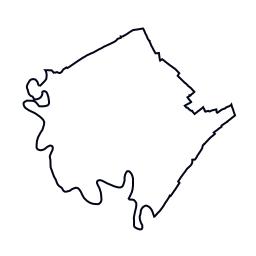 the district of Golaiesti, Iasi, Romania, rotated 184°
{"feature_id": "2599482B7139322777344", "entity_name": "Golaiesti", "entity_type": "district", "adm_level": 2, "iso_a3": "ROU", "parent_name": "Romania", "parent_adm1": "Iasi", "projection": "albers", "projection_center": [27.678, 47.265], "detail": "fine", "context": "isolated", "style": "outline", "palette": "ink", "viewbox_px": 256, "rotation_deg": 184, "n_neighbors": 0, "source": "geoboundaries", "source_scale": "gbopen_adm2", "svg_char_len": 5716}
<svg xmlns="http://www.w3.org/2000/svg" viewBox="0 0 256 256"><g transform="rotate(184 128 128)"><path d="M214.5,179.9L214.3,179.7L213.3,177.4L212.8,175.0L212.9,171.4L214.1,169.3L218.4,164.2L219.8,164.3L220.4,164.8L221.7,167.9L223.7,169.9L226.1,170.2L227.5,169.8L228.8,169.1L230.2,166.9L231.3,164.5L231.8,162.3L231.5,160.7L230.4,158.5L230.0,156.8L229.0,154.8L227.3,153.3L225.5,152.7L224.9,152.1L223.7,150.1L222.8,150.1L220.9,150.3L218.5,151.4L217.0,152.8L216.1,154.6L215.8,156.2L216.0,157.8L215.3,158.6L214.4,159.0L213.1,158.7L211.9,158.1L210.9,156.5L209.6,153.3L208.9,150.0L208.5,148.3L208.6,147.0L208.9,146.0L209.6,145.1L211.3,144.3L214.7,143.6L218.1,143.5L221.5,147.1L223.5,148.3L225.8,148.5L230.8,148.2L233.1,146.8L233.9,145.6L233.7,143.9L233.0,142.3L231.9,141.0L230.3,140.0L227.8,138.6L222.1,136.4L218.8,134.5L216.1,132.8L213.4,130.5L212.0,128.2L212.0,125.5L213.2,120.4L215.0,117.1L216.9,112.9L217.9,108.9L218.0,105.1L217.9,103.3L217.8,101.9L217.0,100.8L215.9,100.1L214.1,99.7L212.6,99.9L210.9,100.5L209.3,101.5L207.4,103.4L204.8,105.0L203.5,105.0L202.3,104.5L201.8,103.7L201.6,102.4L201.8,100.7L202.9,98.0L203.7,95.6L204.0,94.5L204.0,93.7L203.2,90.9L202.5,83.6L198.6,74.7L196.4,71.3L194.9,68.0L194.3,67.0L193.3,65.9L192.1,64.9L190.7,64.2L189.7,63.4L188.2,61.1L186.9,60.2L185.7,60.1L184.0,60.5L181.4,61.5L179.7,63.0L177.4,64.2L175.8,64.8L173.8,64.5L172.3,63.3L170.6,61.1L168.9,58.0L167.0,55.1L163.8,52.4L160.8,50.8L158.0,50.0L155.9,49.9L153.1,49.9L151.5,50.4L150.3,51.7L149.6,53.2L149.5,55.1L150.5,61.4L152.3,66.0L154.0,68.7L155.1,71.0L155.1,72.4L154.5,73.3L153.5,73.8L152.0,74.0L150.3,73.7L144.8,71.3L137.4,68.8L133.7,68.1L131.8,68.1L130.4,68.6L129.2,69.8L128.5,71.9L127.7,75.4L128.0,78.4L127.6,81.3L126.6,83.7L126.0,84.6L125.1,85.0L123.8,84.8L122.8,84.1L121.2,82.3L120.3,80.4L119.5,78.1L119.0,70.9L119.2,66.9L119.6,64.6L120.4,62.4L121.8,58.8L122.4,57.7L121.7,56.9L120.6,56.7L119.0,56.9L117.2,56.6L115.7,55.4L114.5,53.6L114.3,51.5L114.4,49.4L115.3,44.2L115.9,39.0L115.4,34.6L115.2,31.2L114.6,29.8L113.6,29.1L112.0,28.4L109.5,27.7L107.8,27.8L107.1,28.4L106.7,29.7L107.0,32.0L108.4,34.2L109.7,37.3L110.2,40.6L109.6,43.0L109.3,47.1L108.2,49.3L106.9,50.7L105.3,51.7L103.8,51.8L101.9,51.0L100.6,50.1L99.0,48.4L97.8,46.3L95.7,41.4L95.1,41.8L92.3,45.4L91.4,46.4L90.6,47.3L89.3,49.3L88.2,51.0L87.0,53.0L86.8,53.5L85.3,56.4L84.1,58.4L82.5,61.3L81.9,62.7L81.6,63.5L80.8,63.1L79.9,64.5L78.9,66.2L78.1,67.5L77.3,69.0L76.9,69.3L75.4,72.2L74.4,73.9L72.8,76.8L74.2,78.1L71.8,82.5L69.5,86.2L67.4,89.4L67.2,89.9L66.3,91.3L65.9,91.8L64.9,92.8L64.2,93.6L63.4,94.4L62.6,95.4L62.1,96.3L61.8,97.2L61.5,98.4L61.5,99.6L61.7,100.8L60.4,101.1L59.5,101.0L59.0,101.2L58.3,102.2L57.6,103.5L56.9,105.1L56.3,106.1L55.0,108.5L53.4,111.3L52.5,113.3L52.5,114.0L52.4,114.5L52.2,115.6L52.1,115.8L51.5,116.7L51.4,116.6L51.1,116.8L48.9,119.6L46.3,122.8L44.6,124.7L43.9,125.3L43.5,125.7L42.4,126.7L40.9,128.2L42.2,129.4L41.4,130.2L38.8,132.3L37.7,133.4L36.5,134.4L36.1,134.7L35.6,135.1L34.8,135.7L34.8,136.2L34.9,136.8L34.8,137.0L32.4,138.9L29.2,141.3L29.3,141.5L22.3,147.8L22.1,148.0L23.9,152.1L24.5,153.8L25.7,156.3L26.5,158.6L26.8,158.1L28.1,157.1L28.6,156.8L28.9,156.6L30.0,156.2L30.9,155.7L31.8,155.2L31.9,154.9L32.0,154.7L32.6,154.3L33.7,153.8L35.7,152.9L36.0,152.6L36.4,152.3L37.6,151.4L38.0,151.0L38.7,150.4L39.4,149.9L39.7,149.6L40.0,149.4L40.6,149.8L40.7,150.2L40.8,150.6L41.0,151.6L41.0,152.1L41.2,152.7L45.2,151.5L45.8,151.2L46.5,150.9L47.6,150.2L48.1,150.2L49.1,150.7L51.9,149.7L52.7,150.6L52.6,150.8L52.9,151.4L54.5,154.0L55.3,153.1L58.8,150.0L59.5,149.5L60.3,148.6L61.1,147.9L62.6,146.6L62.8,146.8L64.0,148.1L64.7,148.7L64.9,149.0L65.0,149.5L65.3,149.7L65.9,149.6L66.1,149.6L66.7,149.8L67.2,150.1L67.7,150.6L68.3,150.8L68.7,151.1L69.1,151.6L69.2,151.8L69.7,152.2L70.0,152.4L71.0,152.4L71.5,152.7L72.5,153.8L72.9,154.2L72.2,154.7L70.3,155.9L69.6,156.4L68.6,156.9L66.8,158.3L67.0,158.7L67.5,159.1L67.8,159.5L68.3,159.9L68.9,160.6L69.7,161.4L70.3,162.1L70.8,162.8L68.2,164.6L68.5,164.9L68.6,165.0L68.0,165.2L67.8,165.3L66.3,166.6L65.8,167.0L65.0,168.0L64.3,168.7L64.6,169.1L64.8,169.1L65.1,169.4L65.3,169.7L66.0,170.1L66.8,171.1L67.9,172.0L68.1,172.3L68.6,172.6L69.8,173.4L70.8,174.1L71.3,174.5L71.5,174.9L71.7,175.1L72.0,175.3L72.4,175.6L73.5,176.4L74.1,176.9L74.4,177.0L82.1,183.5L80.7,186.2L83.8,189.1L84.5,189.7L85.9,190.7L86.6,191.1L89.5,192.9L90.7,193.6L98.7,199.0L99.6,198.3L100.6,197.5L100.9,198.1L101.5,200.5L102.1,203.6L102.4,205.0L103.3,204.8L103.8,204.6L104.5,204.5L105.0,204.6L105.8,204.4L108.2,208.1L108.5,208.7L109.6,210.5L110.5,211.7L110.9,212.7L112.4,215.6L112.5,216.5L113.3,216.7L113.7,217.4L113.9,217.7L114.2,218.0L114.5,218.4L114.7,218.7L114.9,219.2L115.7,220.8L116.4,222.2L116.8,222.8L117.1,223.1L117.5,224.0L118.5,226.0L119.0,226.8L119.3,227.5L119.9,228.3L125.8,226.9L129.7,226.1L132.6,224.1L135.7,221.6L138.6,219.7L139.0,219.2L140.8,218.7L141.6,218.8L141.3,217.6L142.4,217.1L144.5,216.2L144.9,215.9L145.4,215.0L145.9,214.4L146.2,214.2L146.6,213.8L147.0,213.6L147.2,213.3L152.5,210.2L153.0,210.0L153.5,209.7L155.5,208.6L156.4,208.1L157.4,207.6L158.8,206.6L160.2,205.7L162.3,204.5L163.3,203.9L164.4,203.1L166.3,201.9L166.7,201.7L167.3,201.2L168.3,200.6L169.8,200.0L170.9,199.4L172.3,198.5L173.3,198.1L175.1,196.9L175.4,196.6L175.6,196.4L178.6,194.5L179.1,194.0L180.0,193.4L185.0,189.5L188.8,186.5L189.3,186.1L189.6,185.8L192.6,183.6L193.2,183.8L193.5,184.0L193.8,184.1L194.9,183.1L196.3,182.2L196.9,181.5L197.2,180.9L197.8,179.8L198.1,179.4L199.1,178.4L199.6,178.2L200.2,178.1L200.5,178.1L201.6,178.4L202.3,178.7L203.1,178.7L203.3,178.7L203.8,178.4L204.3,178.2L205.0,178.2L205.7,178.2L206.0,178.0L207.3,179.4L208.2,180.2L209.1,180.1L211.0,180.1L214.5,179.9Z" fill="none" stroke="#020617" stroke-width="2"/></g></svg>